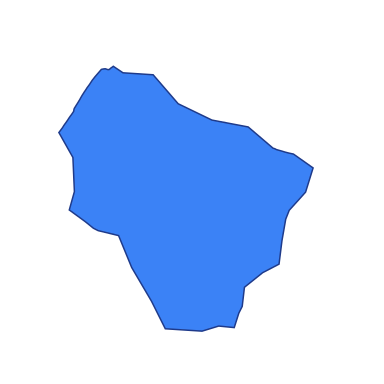 Saixandulaan, Dornogovi, Mongolia (Equal Earth projection), rotated 255°
{"feature_id": "93677404B55726932158905", "entity_name": "Saixandulaan", "entity_type": "district", "adm_level": 2, "iso_a3": "MNG", "parent_name": "Mongolia", "parent_adm1": "Dornogovi", "projection": "equal_earth", "projection_center": [109.601, 44.783], "detail": "fine", "context": "isolated", "style": "filled", "palette": "blue", "viewbox_px": 384, "rotation_deg": 255, "n_neighbors": 0, "source": "geoboundaries", "source_scale": "gbopen_adm2", "svg_char_len": 1289}
<svg xmlns="http://www.w3.org/2000/svg" viewBox="0 0 384 384"><g transform="rotate(255 192 192)"><path d="M97.0,124.6L66.8,130.8L55.0,165.7L55.6,183.1L50.1,197.7L62.9,205.9L68.5,210.9L86.4,218.0L95.8,239.4L99.8,257.4L121.7,266.3L141.5,275.5L149.2,281.2L157.6,294.2L162.5,301.7L183.9,315.2L202.4,299.8L204.5,295.7L206.6,292.0L208.0,289.8L210.9,284.9L211.2,284.5L211.5,284.1L212.3,283.3L213.2,281.9L213.5,281.5L240.3,263.1L256.3,229.9L280.8,201.5L315.3,184.8L325.0,156.2L333.8,148.5L333.2,147.1L332.9,146.1L332.2,144.6L331.8,144.0L331.8,143.4L331.8,143.1L332.0,142.6L332.2,142.0L332.5,141.6L333.3,140.5L333.6,139.5L333.8,138.1L333.9,136.2L332.2,133.7L328.4,128.1L327.5,126.9L325.7,124.5L322.4,120.8L321.5,119.7L320.0,117.8L319.4,117.1L318.7,116.4L318.2,115.8L317.4,114.9L316.3,113.6L315.6,112.9L314.9,112.1L313.8,110.9L312.8,109.9L312.3,109.4L311.5,108.6L310.2,107.4L309.4,106.5L308.3,105.4L306.9,103.9L306.1,103.0L304.0,100.8L303.3,100.0L302.4,99.4L301.3,98.9L300.7,98.7L300.4,98.4L300.1,98.1L299.3,97.2L297.7,95.3L296.7,94.0L295.1,92.1L293.8,90.7L291.5,88.0L290.4,86.6L289.2,85.2L287.5,83.4L286.5,82.1L283.9,78.8L256.2,85.9L222.8,78.5L206.4,68.8L200.7,73.4L191.4,80.9L182.5,87.4L179.0,91.3L168.9,109.8L134.7,114.2L97.0,124.6Z" fill="#3b82f6" stroke="#1e3a8a" stroke-width="1.5"/></g></svg>